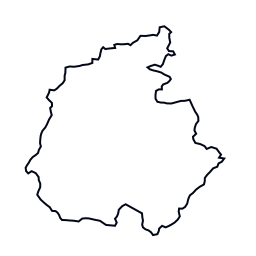 Mata, Rio Grande do Sul, Brazil (Albers equal-area conic projection), rotated 275°
{"feature_id": "56859067B52092652221629", "entity_name": "Mata", "entity_type": "district", "adm_level": 2, "iso_a3": "BRA", "parent_name": "Brazil", "parent_adm1": "Rio Grande do Sul", "projection": "albers", "projection_center": [-54.46, -29.545], "detail": "fine", "context": "isolated", "style": "outline", "palette": "ink", "viewbox_px": 256, "rotation_deg": 275, "n_neighbors": 0, "source": "geoboundaries", "source_scale": "gbopen_adm2", "svg_char_len": 2570}
<svg xmlns="http://www.w3.org/2000/svg" viewBox="0 0 256 256"><g transform="rotate(275 128 128)"><path d="M29.5,114.6L29.5,119.5L29.5,123.6L32.8,125.0L36.5,123.0L38.9,124.7L41.8,125.6L45.8,126.0L49.7,129.1L51.8,132.3L44.2,149.4L40.7,150.0L36.8,151.0L33.0,150.5L30.3,151.6L28.6,154.2L27.8,157.3L26.1,160.1L23.5,162.3L24.8,166.5L27.9,167.6L30.5,167.8L33.5,170.5L32.3,174.1L33.9,177.1L35.9,180.1L37.9,182.7L41.3,185.7L44.5,187.3L49.0,185.8L52.2,185.9L52.4,189.3L54.4,191.8L57.9,193.6L61.1,194.0L63.8,194.6L66.4,195.6L68.9,198.4L72.6,201.2L75.6,204.5L78.4,208.6L81.8,209.1L84.9,208.9L88.2,210.9L91.3,213.5L95.3,216.4L97.2,220.3L100.6,221.3L102.6,224.4L106.0,226.5L106.4,221.3L109.6,223.0L111.9,220.8L115.1,218.0L116.3,212.6L114.0,208.2L116.6,205.9L118.2,201.7L119.0,196.4L122.4,194.1L125.0,193.5L128.2,196.4L131.4,194.4L133.9,194.5L137.7,195.3L141.2,197.5L145.1,197.0L147.7,195.5L149.8,193.7L154.6,190.8L158.7,188.5L161.5,186.9L160.0,182.2L159.6,178.4L157.3,172.1L156.2,169.1L155.9,164.5L156.4,161.8L156.2,158.7L156.7,155.0L159.5,152.9L163.2,152.5L167.4,152.7L169.1,155.2L169.4,158.4L172.4,158.0L174.5,159.3L176.4,163.3L178.3,165.1L180.5,166.4L182.6,165.0L184.5,159.5L186.1,156.4L186.9,152.9L187.7,147.4L188.4,144.6L190.1,142.2L191.7,145.1L193.4,149.2L192.7,152.3L191.8,155.2L194.7,157.2L199.6,158.4L203.0,159.5L205.0,161.7L203.9,164.9L205.3,168.3L208.3,166.3L208.2,162.1L210.8,160.1L216.8,162.6L221.8,161.2L225.4,160.9L227.3,162.6L229.5,160.1L232.5,155.3L231.1,150.8L226.3,150.7L222.6,148.8L223.0,145.0L222.1,141.5L221.2,137.5L220.9,132.4L216.1,129.6L213.4,125.6L210.7,123.2L211.9,120.7L211.2,117.4L210.8,114.3L210.7,109.7L209.6,107.1L206.6,108.2L205.8,103.6L204.7,98.5L206.3,96.2L204.0,94.6L200.1,94.0L196.9,93.7L193.6,92.3L193.7,86.5L189.7,86.8L187.9,82.8L186.8,77.3L185.6,74.4L184.3,68.9L184.2,64.5L182.7,60.5L177.3,60.8L174.7,60.3L170.0,60.7L167.0,59.1L164.2,56.3L160.9,53.6L159.1,51.3L159.3,46.6L156.6,46.3L154.0,45.4L151.4,44.3L148.8,47.0L146.4,50.0L143.1,50.4L141.2,48.7L137.2,49.8L134.2,50.9L131.8,49.7L129.5,48.6L124.7,47.0L121.2,45.5L118.0,43.2L115.3,42.2L112.6,41.7L108.8,41.6L105.3,41.7L102.0,42.8L98.3,41.1L95.3,40.6L93.1,38.5L90.8,35.7L88.0,33.6L85.0,32.3L82.2,30.7L79.4,29.5L76.1,30.3L74.1,32.6L76.6,35.8L75.0,40.0L71.4,43.2L68.2,43.7L65.1,45.4L61.3,45.7L57.1,44.2L53.6,43.4L51.4,45.3L49.2,47.1L46.7,50.3L44.2,53.8L42.3,56.9L38.8,59.6L38.9,63.1L37.4,65.3L35.2,67.0L32.5,68.3L30.6,70.3L30.8,73.2L30.8,77.7L30.9,82.1L30.6,87.0L33.8,90.3L34.4,93.6L34.5,97.2L33.9,101.3L33.5,104.7L33.1,108.2L29.5,114.6Z" fill="none" stroke="#020617" stroke-width="2"/></g></svg>